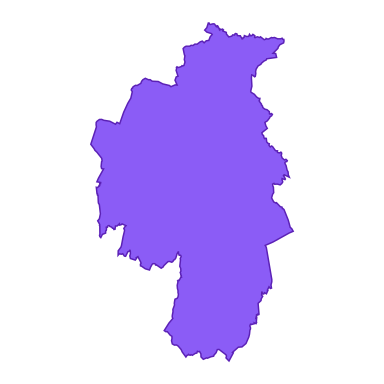 outline of Huasca de Ocampo, Hidalgo, Mexico
{"feature_id": "50627088B83371137929766", "entity_name": "Huasca de Ocampo", "entity_type": "district", "adm_level": 2, "iso_a3": "MEX", "parent_name": "Mexico", "parent_adm1": "Hidalgo", "projection": "natural_earth1", "projection_center": [-98.54, 20.223], "detail": "fine", "context": "isolated", "style": "filled", "palette": "violet", "viewbox_px": 384, "rotation_deg": 0, "n_neighbors": 0, "source": "geoboundaries", "source_scale": "gbopen_adm2", "svg_char_len": 5946}
<svg xmlns="http://www.w3.org/2000/svg" viewBox="0 0 384 384"><path d="M283.8,39.4L282.7,39.3L282.1,38.2L280.6,38.8L277.6,38.8L274.6,37.5L272.1,37.8L271.5,37.5L268.6,39.0L267.4,39.0L266.1,38.4L265.8,39.2L264.2,39.7L260.5,36.8L259.7,37.5L257.3,36.8L255.0,37.7L254.6,37.3L254.9,35.8L253.2,34.5L252.7,34.4L252.1,35.4L251.1,35.8L250.5,35.7L249.5,34.3L248.7,36.4L246.6,36.5L244.4,35.6L244.0,37.5L243.2,37.6L242.8,38.7L242.1,38.9L241.2,37.1L240.5,36.6L240.4,35.8L237.4,35.6L236.9,33.9L235.6,33.5L235.0,33.8L234.6,35.0L232.7,34.9L231.7,36.2L228.8,36.9L226.4,34.0L226.3,32.4L222.8,31.0L222.8,30.5L223.4,29.9L222.6,29.1L221.7,29.5L220.2,29.1L219.8,30.1L219.4,29.7L219.3,28.4L218.3,27.7L218.4,27.1L217.6,25.8L217.2,25.7L217.0,26.8L216.4,26.8L214.5,24.0L213.1,23.8L210.2,24.5L209.4,24.0L209.2,23.1L208.3,23.0L206.8,27.7L204.7,30.1L206.8,32.1L211.5,33.6L212.2,34.5L210.3,36.6L208.8,40.4L206.2,40.8L204.1,42.8L202.3,41.1L200.1,41.9L197.1,44.2L194.9,44.1L193.0,45.5L191.1,45.3L189.7,46.2L186.1,46.2L184.5,47.1L183.1,48.6L184.4,54.8L184.9,55.8L184.3,59.6L185.0,62.0L183.9,65.5L182.5,66.0L182.0,65.7L181.4,66.5L179.5,67.2L178.0,67.5L177.0,66.8L176.4,67.4L176.6,68.6L176.1,70.3L178.0,76.2L176.2,76.9L175.0,80.2L177.1,85.0L175.1,84.9L170.9,86.7L169.5,85.5L162.8,83.9L158.2,81.5L152.2,81.2L150.2,79.7L148.4,79.7L145.3,78.3L142.9,79.7L141.6,81.3L140.8,83.4L137.1,85.5L135.6,85.3L134.3,86.0L132.9,87.0L132.5,88.2L131.8,88.4L131.2,90.0L132.3,91.7L130.8,98.2L127.8,103.3L123.7,112.2L119.7,123.7L117.0,122.3L115.5,124.2L109.7,121.2L103.8,120.3L101.7,119.4L99.4,119.5L97.0,121.3L96.2,122.4L96.1,124.7L96.4,127.0L90.8,144.3L94.1,148.7L94.9,150.3L97.0,152.3L101.7,158.3L102.1,160.9L101.6,161.6L101.1,166.5L101.6,168.6L103.6,168.9L98.4,178.3L96.9,181.8L100.7,182.5L100.5,183.7L99.7,183.6L99.6,184.8L98.9,185.9L99.3,186.0L97.4,187.6L96.3,187.3L97.0,193.7L97.4,193.7L97.5,195.2L98.0,195.3L98.3,202.3L98.6,203.6L99.3,204.3L100.4,213.8L99.4,218.7L97.7,220.8L99.7,224.4L99.5,225.6L99.8,225.9L99.9,234.5L99.5,235.2L99.9,236.7L100.8,237.6L102.4,234.4L105.6,233.1L105.7,230.9L106.3,230.3L106.5,229.0L106.3,227.6L106.6,227.7L106.8,227.1L107.5,227.2L107.7,226.1L108.5,225.6L109.2,225.6L109.9,226.5L111.6,227.1L112.5,228.2L113.5,228.4L113.9,229.5L115.0,229.3L115.5,226.0L117.1,226.0L119.4,223.8L119.5,225.1L121.0,224.8L122.1,223.9L126.0,225.7L124.6,227.1L123.8,228.6L124.5,229.8L124.5,230.9L123.1,236.7L121.5,245.4L120.9,247.2L118.2,250.8L118.1,255.2L119.2,253.9L121.7,254.2L122.7,253.7L124.4,256.1L125.6,256.3L127.9,251.7L129.0,251.3L129.9,250.3L130.3,250.9L130.4,253.9L129.8,255.9L130.4,258.5L135.3,260.1L136.7,258.1L136.3,257.7L137.9,256.6L140.8,262.3L141.0,263.6L140.4,264.2L140.5,265.9L141.4,266.1L145.3,268.8L149.5,270.0L150.6,267.1L152.3,264.1L152.9,263.7L154.7,263.7L155.7,264.4L155.5,265.6L156.1,264.7L161.2,268.2L163.2,266.9L163.8,265.7L168.0,261.6L169.7,261.5L171.6,262.2L172.4,261.9L173.0,261.4L173.5,260.2L174.7,259.6L175.8,258.0L177.1,253.7L178.5,251.4L178.4,253.1L179.2,255.3L180.6,255.3L181.2,256.5L180.2,258.6L180.5,259.8L179.8,266.3L180.7,268.4L180.9,271.1L180.2,272.5L180.8,274.1L180.7,274.9L181.3,275.5L181.0,276.6L181.5,277.1L180.6,277.7L179.1,280.5L178.3,280.2L177.6,280.8L178.0,281.7L177.2,285.3L177.4,288.4L178.0,290.5L178.0,292.9L178.4,293.9L178.1,296.6L177.2,298.3L175.0,299.2L174.7,300.6L174.3,303.3L174.5,305.0L172.9,309.4L173.0,311.8L172.3,315.2L172.2,316.9L172.8,318.5L169.0,323.0L164.2,330.6L165.8,331.7L167.4,331.7L170.1,335.1L171.9,336.3L172.0,338.5L171.5,340.7L172.3,343.9L174.4,345.1L176.6,345.0L178.2,346.1L181.1,349.5L182.3,352.1L185.9,357.0L187.1,355.3L188.2,355.0L188.5,354.4L189.6,355.1L190.3,355.2L191.0,354.6L192.3,355.3L195.4,353.3L196.8,353.1L197.4,351.3L199.0,351.8L199.6,351.5L200.9,353.9L201.0,356.9L203.3,359.3L206.6,357.9L207.5,358.2L210.8,356.8L213.6,356.2L214.0,355.1L216.1,352.7L217.3,349.6L219.0,349.4L225.9,354.7L226.5,356.0L226.0,357.9L229.0,361.0L233.3,352.9L232.5,352.4L238.3,347.2L242.0,346.9L246.0,343.5L248.8,337.0L249.5,334.1L249.9,330.2L250.5,328.9L250.4,327.1L249.9,326.4L249.9,325.3L250.7,324.2L250.5,323.5L251.1,324.6L255.1,323.5L254.8,323.1L256.1,323.6L256.6,322.3L256.3,322.1L256.7,317.8L255.9,318.2L256.4,315.8L257.0,315.5L256.6,314.8L257.8,314.1L258.7,314.7L259.0,314.3L258.1,303.3L261.0,300.6L261.3,298.7L262.7,296.3L261.6,295.2L261.8,291.5L262.7,294.0L263.8,294.0L264.4,292.7L266.4,293.8L267.9,290.4L267.4,290.1L269.0,286.8L270.3,288.5L271.5,288.1L271.0,285.0L271.8,281.8L271.8,279.5L266.3,247.4L265.2,245.4L273.0,242.0L289.2,233.0L293.2,231.3L291.7,228.6L290.2,227.3L288.3,220.3L284.0,209.5L282.8,208.5L282.4,208.6L282.0,207.1L280.3,206.7L276.5,202.7L276.0,203.1L273.7,201.9L271.6,197.9L272.6,194.3L273.7,192.7L273.4,187.1L272.8,186.0L272.6,184.1L274.0,183.4L274.5,184.2L277.5,184.1L280.1,184.9L281.6,183.7L282.6,182.3L282.7,181.4L282.0,179.8L282.1,178.6L285.0,179.6L285.4,179.0L283.5,175.4L284.2,174.8L289.3,177.2L288.3,174.9L288.1,171.9L287.1,170.1L286.1,165.7L285.0,163.5L284.9,162.5L285.3,162.0L286.9,161.5L287.3,160.6L285.9,159.3L284.7,159.9L283.9,159.5L282.1,157.9L281.2,155.2L281.7,153.8L281.4,152.4L280.6,152.2L279.9,152.9L277.9,152.6L277.3,152.0L277.5,150.8L276.0,150.8L275.2,150.3L272.5,146.5L271.4,146.0L270.4,146.9L270.0,146.7L269.0,145.3L269.3,143.7L268.1,143.4L266.7,141.9L266.3,138.4L265.8,138.2L264.5,138.6L264.0,137.6L263.6,135.7L262.3,134.4L261.9,132.7L267.3,128.4L265.9,125.9L264.9,122.4L267.3,120.9L269.6,117.9L269.9,117.0L271.7,115.7L272.4,114.3L271.2,113.5L270.3,114.1L269.5,113.9L269.3,111.6L267.0,109.7L264.7,109.1L262.8,107.5L262.5,106.1L261.4,104.8L261.5,104.2L259.3,101.2L259.2,100.4L259.6,100.2L259.9,98.4L258.7,98.4L256.5,96.9L254.4,94.3L251.1,92.3L250.7,91.2L251.9,86.2L251.4,77.9L251.7,74.9L252.9,75.3L254.6,76.8L255.3,76.4L255.8,73.6L255.6,71.6L256.1,69.2L258.1,65.9L260.9,64.3L261.4,63.3L263.8,61.2L266.3,59.9L266.7,58.8L276.6,57.4L275.7,53.5L273.0,53.3L277.9,48.4L278.3,46.9L279.9,44.7L283.6,42.9L284.0,41.0L283.8,39.4Z" fill="#8b5cf6" stroke="#5b21b6" stroke-width="1.5"/></svg>